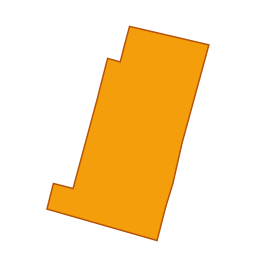 Sandusky, Ohio, United States of America (Mercator projection), rotated 285°
{"feature_id": "52423323B66860409179158", "entity_name": "Sandusky", "entity_type": "district", "adm_level": 2, "iso_a3": "USA", "parent_name": "United States of America", "parent_adm1": "Ohio", "projection": "mercator", "projection_center": [-83.077, 41.377], "detail": "fine", "context": "isolated", "style": "filled", "palette": "amber", "viewbox_px": 256, "rotation_deg": 285, "n_neighbors": 0, "source": "geoboundaries", "source_scale": "gbopen_adm2", "svg_char_len": 374}
<svg xmlns="http://www.w3.org/2000/svg" viewBox="0 0 256 256"><g transform="rotate(285 128 128)"><path d="M229.2,184.6L228.7,168.5L227.6,134.9L226.5,103.2L207.2,103.2L189.8,103.4L190.0,90.3L160.3,90.6L159.9,90.6L149.8,90.8L55.3,90.6L55.1,70.3L28.7,70.7L26.8,185.2L60.6,184.8L86.3,185.7L127.4,184.1L229.2,184.6Z" fill="#f59e0b" stroke="#b45309" stroke-width="1.5"/></g></svg>